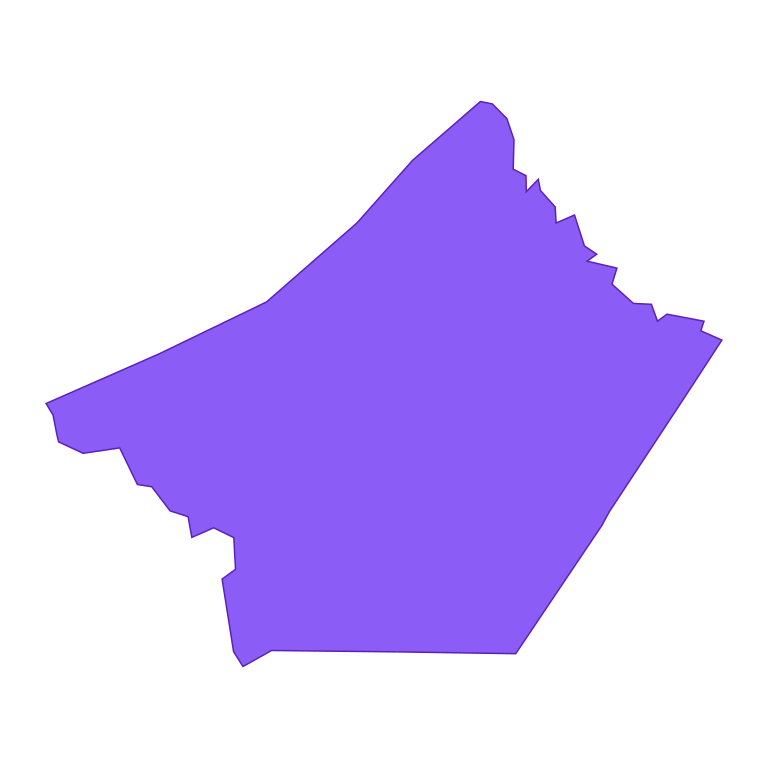 the district of Guadalupe, Texas, United States of America
{"feature_id": "52423323B15867360599504", "entity_name": "Guadalupe", "entity_type": "district", "adm_level": 2, "iso_a3": "USA", "parent_name": "United States of America", "parent_adm1": "Texas", "projection": "albers", "projection_center": [-97.953, 29.612], "detail": "fine", "context": "isolated", "style": "filled", "palette": "violet", "viewbox_px": 768, "rotation_deg": 0, "n_neighbors": 0, "source": "geoboundaries", "source_scale": "gbopen_adm2", "svg_char_len": 762}
<svg xmlns="http://www.w3.org/2000/svg" viewBox="0 0 768 768"><path d="M46.1,403.5L53.0,415.0L57.0,435.2L58.6,441.9L83.1,453.3L119.7,447.9L137.4,484.5L151.8,486.8L170.1,510.9L188.1,516.7L191.8,537.4L213.6,527.8L233.8,537.6L235.5,569.3L222.1,579.1L233.6,651.7L243.0,666.5L271.5,650.5L400.0,651.9L515.7,653.7L601.9,525.4L609.2,511.9L690.3,388.6L721.9,340.1L700.8,330.8L704.0,321.2L666.9,314.2L657.5,321.2L651.4,304.3L633.4,303.4L612.0,284.2L616.9,268.1L587.1,261.2L596.7,254.2L584.4,245.9L574.5,215.0L556.1,223.0L555.2,207.0L540.4,190.4L538.3,179.3L526.3,191.7L526.0,175.7L513.2,169.2L514.0,139.7L506.9,118.6L492.3,103.9L480.4,101.5L412.5,160.4L357.0,222.9L355.2,224.5L266.6,301.9L159.2,353.8L46.1,403.5Z" fill="#8b5cf6" stroke="#5b21b6" stroke-width="1.5"/></svg>